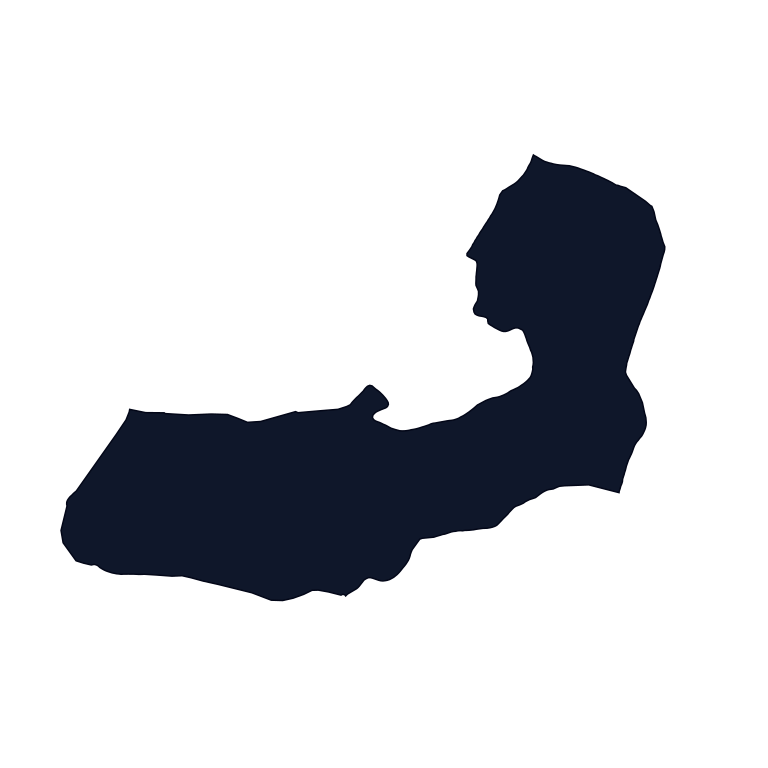 the district of Ad Dali', Al Dali', Yemen, rotated 109°
{"feature_id": "15242507B7990209689369", "entity_name": "Ad Dali'", "entity_type": "district", "adm_level": 2, "iso_a3": "YEM", "parent_name": "Yemen", "parent_adm1": "Al Dali'", "projection": "orthographic", "projection_center": [44.686, 13.714], "detail": "fine", "context": "isolated", "style": "filled", "palette": "ink", "viewbox_px": 768, "rotation_deg": 109, "n_neighbors": 0, "source": "geoboundaries", "source_scale": "gbopen_adm2", "svg_char_len": 6171}
<svg xmlns="http://www.w3.org/2000/svg" viewBox="0 0 768 768"><g transform="rotate(109 384 384)"><path d="M596.9,351.3L594.5,350.1L586.5,343.3L585.0,342.4L583.2,341.6L575.9,339.1L574.2,337.8L572.3,335.9L571.5,333.7L571.3,331.6L571.3,325.2L571.1,323.0L570.6,321.0L569.6,318.9L568.6,317.1L567.1,315.1L565.5,313.6L563.6,311.9L559.9,309.6L557.6,308.5L555.4,307.6L551.4,306.2L549.4,305.4L547.0,304.6L542.8,303.6L540.6,303.4L538.5,303.4L536.3,303.6L534.1,303.6L531.4,303.4L529.4,302.8L519.1,299.7L517.4,297.6L512.6,287.0L511.0,284.9L508.4,281.2L507.1,279.5L506.1,277.6L504.8,275.9L503.4,274.1L502.0,272.3L500.8,270.3L500.0,268.5L498.7,266.3L497.8,264.1L497.2,261.9L496.1,259.9L495.4,258.0L494.6,256.0L492.7,251.9L491.1,249.1L488.3,243.5L486.7,239.4L485.3,236.8L484.0,234.8L482.4,232.8L480.9,231.4L478.8,230.3L474.7,228.4L472.6,227.5L466.8,224.6L464.7,223.9L460.5,222.0L458.5,221.0L456.7,219.6L455.4,218.0L454.1,216.4L452.6,214.8L451.2,213.4L449.2,212.0L445.9,208.8L443.3,205.3L442.0,203.7L440.3,202.6L438.6,201.5L436.8,200.3L434.8,198.8L433.1,197.3L431.3,195.4L430.1,193.7L429.1,191.7L428.1,189.8L424.9,186.4L423.5,184.7L422.5,182.5L421.4,180.1L412.7,157.6L410.2,126.4L408.8,126.7L406.3,126.7L403.3,126.9L400.9,126.7L398.6,126.8L396.3,127.4L393.6,127.5L391.5,127.5L389.4,127.7L387.1,127.7L384.8,127.9L382.7,128.1L376.0,128.1L374.0,127.8L371.9,127.6L369.5,127.3L367.3,127.2L363.2,127.2L360.8,127.1L358.6,126.7L356.3,126.1L354.4,125.3L352.1,124.6L349.5,123.5L347.1,123.0L344.6,122.7L342.4,122.5L340.3,122.5L337.6,122.8L335.1,123.5L330.7,125.4L328.7,126.7L326.9,128.0L317.5,133.6L310.2,140.1L307.8,143.2L306.4,145.9L296.8,157.6L294.2,159.6L291.8,160.1L289.6,160.5L287.3,160.8L285.1,161.3L282.9,161.3L280.6,161.4L277.6,161.5L275.3,161.5L271.4,161.8L269.3,161.8L266.7,161.9L262.3,161.9L260.3,162.3L257.8,162.3L255.7,162.3L246.1,162.4L244.0,162.2L241.6,162.3L238.5,162.0L236.2,161.9L233.2,161.6L230.7,161.5L225.5,161.1L223.0,160.9L218.3,160.9L216.3,160.7L213.1,160.7L210.8,160.6L208.8,160.5L203.6,160.5L200.9,160.6L198.6,160.6L196.2,160.7L193.9,160.7L191.8,160.8L188.3,160.9L184.6,161.0L182.4,161.2L180.3,161.5L170.9,162.1L168.0,162.1L165.5,162.4L162.8,163.2L160.8,164.9L159.2,166.3L155.6,168.8L153.9,170.1L152.1,171.2L148.5,173.8L146.4,175.4L144.2,177.1L142.3,178.8L140.5,180.4L138.4,181.7L134.4,184.1L133.0,185.0L128.8,188.6L128.5,190.4L126.1,196.3L119.7,219.3L120.1,225.0L120.0,227.3L120.4,229.4L119.9,231.7L119.4,233.9L119.1,236.1L118.7,238.6L118.5,240.7L118.2,243.0L118.0,245.4L117.5,249.7L117.5,252.3L117.1,254.5L117.0,256.5L116.8,259.4L116.8,261.6L116.7,264.1L116.7,268.4L116.6,270.6L116.7,273.4L117.3,279.9L117.9,282.0L118.4,284.0L119.5,288.1L120.0,290.4L120.4,292.5L120.8,295.3L120.9,297.7L121.2,300.1L121.2,302.4L121.3,304.4L121.0,306.7L120.5,309.1L119.4,314.1L119.1,316.2L118.8,317.3L121.0,317.4L123.4,317.4L125.5,317.3L127.7,317.5L129.8,318.0L132.2,318.4L134.4,318.5L136.6,319.0L141.1,320.2L143.0,321.1L147.0,322.8L148.8,323.6L150.8,324.8L152.5,326.0L157.4,330.1L159.4,331.6L161.2,333.1L162.7,334.7L167.6,336.1L170.2,335.9L172.9,335.8L177.2,335.8L181.7,336.1L183.7,336.4L188.1,337.2L190.4,337.9L192.6,338.2L194.5,338.8L196.7,339.2L198.7,339.8L203.1,340.9L205.4,341.3L207.3,341.9L210.0,342.6L212.1,342.9L214.7,343.7L216.7,344.0L218.7,344.6L220.8,344.8L223.3,345.5L225.5,345.6L229.6,346.7L233.6,348.0L235.6,347.3L236.2,345.1L236.8,340.6L237.1,338.5L237.8,336.5L240.0,335.1L242.0,334.4L244.0,333.9L246.3,333.3L248.7,332.8L250.6,332.3L252.6,331.9L254.6,331.2L258.9,329.9L260.8,329.1L262.5,327.5L264.0,326.1L265.6,324.8L268.8,323.7L270.8,323.3L275.2,322.7L277.2,323.2L279.4,323.7L281.6,323.9L283.9,323.9L286.7,322.3L288.2,320.6L288.6,318.4L288.6,316.1L288.2,314.1L287.9,312.0L287.8,309.3L288.6,307.2L290.8,306.3L292.8,305.1L293.5,302.9L294.0,300.4L294.6,298.0L295.4,292.6L295.6,290.1L295.4,288.1L294.7,286.1L293.5,284.2L292.1,282.6L290.6,281.1L289.1,279.4L288.0,277.7L287.3,275.3L287.9,270.5L289.3,268.8L291.1,267.1L293.0,265.6L294.7,264.2L296.7,262.8L298.6,261.2L301.9,258.2L304.4,256.3L305.9,254.8L308.0,253.3L310.3,251.8L312.7,250.8L315.0,249.8L317.4,249.2L319.5,249.0L321.6,248.1L323.7,247.8L326.3,247.6L328.3,247.6L330.3,247.9L334.2,249.6L336.0,250.6L338.4,252.1L340.3,253.6L342.3,255.0L343.9,256.3L345.3,257.8L347.4,259.9L348.9,261.6L350.5,262.9L352.2,264.1L353.9,265.7L355.5,267.3L358.4,270.7L359.7,272.7L361.8,276.7L364.6,280.2L366.5,282.4L373.4,288.8L377.1,290.9L379.5,292.4L383.0,294.7L386.6,297.4L388.3,298.8L390.2,300.7L392.1,302.3L393.6,304.1L395.3,306.4L396.4,308.4L397.3,310.4L398.4,312.5L403.1,320.9L404.2,322.8L405.1,324.7L406.3,326.5L407.9,328.1L411.0,332.1L412.4,334.1L413.8,335.9L415.2,337.9L416.3,339.6L417.4,341.5L418.4,343.4L419.6,345.2L420.7,347.3L421.7,349.5L422.4,351.4L423.1,353.8L423.4,358.4L423.5,363.0L423.1,365.3L422.7,367.4L422.4,369.5L422.3,371.6L422.0,373.7L421.8,375.8L421.8,377.8L421.7,380.1L421.1,382.1L419.7,383.9L417.3,384.4L415.4,383.7L413.5,382.7L412.0,381.4L409.1,378.3L407.5,376.4L406.0,374.6L404.2,373.4L401.9,373.2L400.1,374.1L398.5,375.9L397.1,377.8L394.9,381.6L393.1,385.4L392.2,387.8L391.5,390.2L390.5,392.7L389.7,394.6L389.9,397.0L391.5,398.9L393.4,399.9L395.3,400.7L397.5,401.3L399.7,402.4L401.9,403.4L403.9,404.4L405.6,405.4L407.5,406.3L409.7,407.3L411.8,408.2L414.6,409.1L417.5,412.0L422.9,419.2L431.1,437.9L439.2,456.1L439.1,456.3L438.9,458.6L459.6,488.4L464.7,500.6L464.1,510.9L463.8,522.1L468.7,537.7L476.9,558.6L483.2,581.2L482.8,582.4L488.7,600.1L490.8,616.2L493.4,615.8L501.9,616.2L519.1,620.8L585.4,640.1L586.7,640.9L588.6,642.0L590.8,643.0L592.7,644.1L594.9,644.9L596.9,645.4L599.0,645.5L601.0,644.9L602.5,644.0L627.6,641.7L638.6,635.7L651.4,617.6L651.2,609.8L650.4,601.8L649.9,601.0L648.9,599.3L648.7,597.1L649.0,595.1L650.0,592.9L650.6,590.2L651.0,588.0L651.2,585.8L651.2,583.6L651.1,579.5L650.8,577.5L650.5,575.1L649.9,572.7L649.5,570.6L648.7,568.7L647.9,566.4L647.0,564.0L646.3,561.8L645.4,559.3L644.0,554.4L643.2,552.0L641.9,548.7L638.4,536.0L634.7,521.9L631.0,512.5L630.0,503.3L629.2,490.9L627.5,475.8L624.4,441.0L625.1,420.2L621.7,409.3L616.1,400.2L609.0,391.4L602.5,384.9L600.3,379.1L598.7,368.9L597.6,355.9L596.2,354.5L596.1,352.4L596.9,351.3Z" fill="#0f172a" stroke="#020617" stroke-width="1.5"/></g></svg>